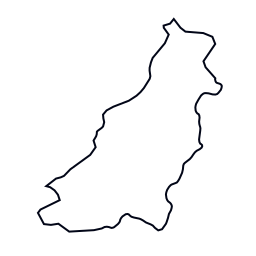 outline of Savona, rotated 175°
{"feature_id": "ITA-5368", "entity_name": "Savona", "entity_type": "Province", "adm_level": 1, "iso_a3": "ITA", "parent_name": "Italy", "parent_adm1": "", "projection": "robinson", "projection_center": [8.236, 44.237], "detail": "fine", "context": "isolated", "style": "outline", "palette": "ink", "viewbox_px": 256, "rotation_deg": 175, "n_neighbors": 0, "source": "natural_earth", "source_scale": "10m", "svg_char_len": 1969}
<svg xmlns="http://www.w3.org/2000/svg" viewBox="0 0 256 256"><g transform="rotate(175 128 128)"><path d="M214.5,77.2L204.1,83.9L199.3,84.7L195.9,85.9L189.0,91.9L168.0,104.5L161.9,111.7L163.4,118.5L160.5,122.5L159.7,124.5L159.3,127.0L158.5,127.8L154.2,130.4L152.7,131.7L151.2,135.9L151.7,139.7L151.7,143.5L147.8,147.4L140.7,150.5L124.8,155.1L116.7,159.4L112.4,162.7L108.7,166.4L102.1,175.1L101.2,177.7L101.5,183.3L101.2,186.1L99.4,191.4L97.3,195.7L83.9,209.2L79.3,217.5L83.6,224.7L83.6,226.9L77.0,228.3L72.9,232.6L67.0,223.3L62.4,219.0L44.7,216.0L36.0,211.5L33.8,204.1L47.0,187.9L45.4,181.7L36.7,169.9L37.0,168.8L36.7,166.8L36.2,165.8L35.5,165.2L33.3,164.3L32.1,163.7L31.3,162.8L30.9,161.7L31.3,159.9L32.2,157.9L34.9,155.1L36.2,154.1L38.0,153.7L40.8,154.1L44.7,155.5L47.5,156.0L48.9,156.0L49.8,155.7L50.6,155.3L52.4,154.0L55.3,150.2L58.0,146.2L58.6,144.6L59.1,142.7L59.1,139.4L58.5,137.7L57.6,136.4L56.5,135.7L55.9,134.3L55.8,132.1L56.6,128.2L56.6,125.8L56.3,124.0L56.0,122.7L55.9,121.3L56.3,118.9L58.2,110.4L58.1,107.9L57.4,106.1L56.4,105.4L55.7,104.5L55.7,103.2L56.4,102.0L58.5,100.6L61.6,99.3L63.5,97.9L65.2,96.0L67.2,93.5L69.1,91.7L74.4,88.3L75.5,87.3L76.2,85.8L76.9,82.1L78.0,78.7L81.1,73.1L82.6,71.0L84.0,69.5L85.1,69.1L89.4,67.9L90.4,67.4L91.3,66.6L92.3,65.7L94.4,62.9L95.4,60.7L96.0,58.5L95.8,54.7L95.2,52.8L94.4,51.4L92.6,49.8L91.9,48.8L91.4,47.7L91.1,46.3L91.5,44.6L92.4,42.2L94.7,38.8L96.0,34.9L97.9,30.5L98.6,29.2L102.9,24.2L106.8,23.4L109.8,26.1L111.2,27.9L111.7,28.6L113.8,30.0L118.3,32.3L121.1,34.6L123.2,36.0L124.6,36.7L129.9,38.3L132.3,39.3L133.2,40.1L134.0,40.9L134.8,41.9L136.0,42.4L137.8,42.3L141.2,40.4L142.7,38.9L143.7,37.4L144.0,36.3L144.5,35.3L144.9,34.7L145.6,34.0L146.4,33.2L150.5,30.4L151.7,30.0L153.2,29.9L155.7,31.0L157.7,31.5L160.0,31.4L162.9,30.2L170.8,29.2L195.6,29.9L205.7,38.7L213.2,38.2L220.1,39.6L225.1,51.3L222.3,54.4L202.3,62.1L203.6,67.6L206.6,72.3L210.7,75.8L214.5,77.2Z" fill="none" stroke="#020617" stroke-width="2"/></g></svg>